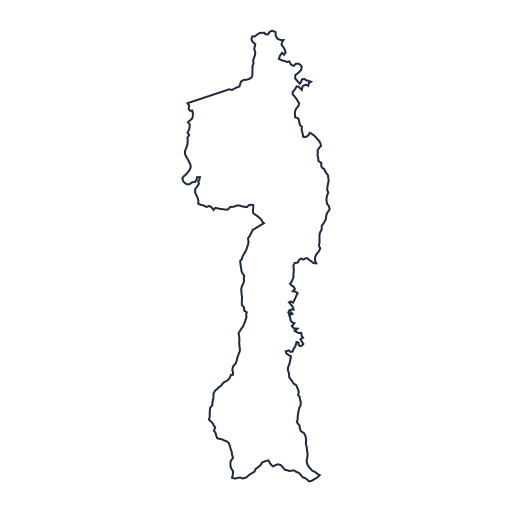 Papanduva, Santa Catarina, Brazil
{"feature_id": "56859067B63909066295209", "entity_name": "Papanduva", "entity_type": "district", "adm_level": 2, "iso_a3": "BRA", "parent_name": "Brazil", "parent_adm1": "Santa Catarina", "projection": "mercator", "projection_center": [-50.165, -26.513], "detail": "fine", "context": "isolated", "style": "outline", "palette": "slate", "viewbox_px": 512, "rotation_deg": 0, "n_neighbors": 0, "source": "geoboundaries", "source_scale": "gbopen_adm2", "svg_char_len": 5873}
<svg xmlns="http://www.w3.org/2000/svg" viewBox="0 0 512 512"><path d="M311.0,81.8L308.3,80.7L306.3,80.4L304.4,78.9L301.9,79.4L301.1,82.0L299.8,83.7L297.7,81.5L295.1,78.3L295.3,75.1L296.9,73.9L299.0,72.2L301.0,70.1L301.8,66.8L300.3,64.9L298.6,63.7L295.7,63.8L293.8,65.9L291.1,64.7L289.2,61.4L286.9,62.0L284.5,61.0L281.9,60.3L278.8,58.9L280.0,55.6L282.1,52.8L284.0,54.8L285.6,52.5L284.8,49.8L283.6,47.5L281.5,44.6L282.1,42.0L283.4,40.1L280.5,40.0L277.4,38.7L275.8,35.8L275.5,32.0L272.0,30.7L269.5,32.0L268.2,34.3L265.5,34.3L264.2,32.7L262.2,32.9L259.9,32.9L257.3,34.4L254.9,36.4L252.2,36.4L251.4,39.6L252.7,41.9L255.3,44.2L254.2,49.0L255.3,52.4L255.0,55.1L254.0,57.8L253.1,60.4L253.6,63.3L252.4,66.2L252.5,69.1L252.4,72.6L252.3,75.6L251.4,77.6L249.3,78.9L246.8,79.7L243.8,79.9L240.9,81.6L240.2,84.2L239.4,86.5L237.2,87.3L234.3,88.7L231.9,90.0L229.3,89.3L187.5,103.2L189.1,105.6L188.7,109.1L190.1,110.8L192.3,110.6L193.0,114.7L192.3,118.3L190.3,120.2L188.0,122.1L189.8,124.7L189.2,129.4L187.5,132.8L189.2,135.0L187.4,137.8L187.7,139.9L187.5,144.3L186.3,147.9L185.0,151.0L184.9,153.9L186.1,156.4L187.6,159.0L188.7,161.0L189.7,163.1L190.6,165.2L190.6,167.6L189.7,169.7L188.4,171.6L186.4,174.1L184.2,175.9L182.3,178.2L183.2,181.2L184.6,182.8L187.0,184.4L189.9,184.0L192.1,182.3L194.9,182.0L196.4,180.0L197.1,177.1L199.9,177.1L199.3,179.8L198.2,181.5L199.0,183.6L197.3,186.3L195.2,189.2L195.1,192.0L196.1,194.8L197.7,197.9L198.4,201.0L198.2,203.7L200.4,204.7L202.9,205.2L204.7,206.1L206.6,207.0L209.1,205.9L211.7,207.4L213.5,210.0L215.3,207.9L217.7,208.3L220.3,209.0L223.2,209.2L225.3,209.6L227.7,209.6L230.4,206.9L233.3,206.8L235.5,206.1L237.4,205.4L239.8,205.6L241.9,206.3L244.7,206.9L247.1,207.1L248.7,205.2L251.2,204.7L253.2,205.1L253.3,207.9L252.9,210.4L253.2,213.1L255.0,214.5L257.5,216.2L259.6,218.0L261.4,219.8L262.4,221.9L263.9,223.2L252.7,229.9L251.2,233.0L249.5,236.3L248.0,238.3L248.5,241.9L248.1,244.5L247.1,247.3L246.4,249.6L245.3,251.8L244.1,253.8L242.7,256.1L241.8,259.2L240.2,260.8L240.4,264.2L241.2,268.7L241.6,271.6L243.0,274.2L244.3,275.9L243.8,278.1L244.1,280.5L243.4,283.4L242.0,285.9L241.2,289.2L241.6,294.3L242.0,296.5L242.0,298.6L241.8,301.1L241.9,305.1L244.0,307.3L244.1,310.5L246.8,312.3L246.1,314.4L246.5,316.9L245.7,319.3L245.1,321.7L244.0,324.1L243.0,326.6L241.2,328.9L239.8,331.2L238.6,333.5L239.2,336.8L239.4,339.8L239.2,343.2L239.5,346.5L240.0,350.3L239.3,352.4L238.5,354.4L237.2,358.1L236.7,360.7L235.7,363.3L233.0,366.5L232.3,370.0L233.0,372.4L232.9,374.9L230.9,374.9L229.6,378.2L227.1,380.7L224.3,382.0L222.5,383.8L220.8,386.0L219.0,387.1L217.1,389.1L215.2,390.4L213.5,393.6L213.5,397.3L213.0,400.0L212.4,402.3L212.3,405.2L210.1,408.0L209.7,412.6L209.7,417.0L208.9,419.6L210.5,421.1L212.2,422.6L213.8,425.4L215.2,427.4L213.9,430.9L215.4,432.4L216.2,435.6L217.2,438.3L219.8,438.9L222.2,439.4L224.1,440.4L226.8,441.4L228.8,443.0L230.0,446.5L230.8,449.6L231.6,451.6L232.1,454.8L233.0,457.9L230.6,461.2L230.4,464.3L230.8,467.8L233.0,471.2L232.9,474.1L232.1,477.9L235.1,478.6L237.3,478.0L240.2,477.5L242.7,478.5L245.3,477.9L247.4,476.5L249.2,474.9L252.2,473.0L254.4,471.7L255.7,468.9L259.1,466.4L261.0,464.7L261.8,462.7L265.2,461.2L268.4,460.4L269.9,463.0L271.4,465.1L273.1,466.4L275.9,464.9L277.9,464.3L280.6,465.0L283.0,467.5L284.9,469.8L287.0,470.2L289.2,471.0L291.7,470.7L294.2,470.4L296.3,471.9L298.6,472.7L300.9,475.0L302.7,477.2L305.3,478.2L307.1,479.6L309.0,481.3L311.4,481.0L313.4,479.7L316.8,477.8L319.8,475.2L317.6,474.0L315.1,472.0L312.5,470.9L310.8,469.2L308.7,466.7L307.2,464.0L306.6,460.8L307.4,457.1L307.6,454.0L307.1,450.7L306.6,446.6L305.8,443.5L306.1,440.6L305.8,437.5L305.1,435.1L303.7,432.9L301.0,431.3L299.8,428.4L299.6,425.7L298.2,424.0L296.8,421.9L297.7,419.2L297.7,416.6L298.1,413.5L298.6,410.7L299.4,407.6L300.5,405.6L300.8,402.4L300.0,399.4L299.6,396.6L298.1,395.1L298.8,392.2L298.1,389.5L297.2,387.4L296.2,385.2L293.5,383.5L291.9,380.7L290.5,379.1L289.2,377.1L289.0,373.5L287.8,369.9L288.1,367.2L289.0,365.0L289.7,362.7L290.3,359.8L291.0,356.4L288.7,355.1L286.4,353.4L285.7,351.3L288.9,350.4L290.5,351.9L292.7,351.5L293.6,348.7L295.1,346.7L296.0,344.2L296.5,342.0L298.5,342.6L298.6,344.8L300.1,346.1L302.0,345.5L303.4,343.9L301.9,341.9L300.5,339.2L303.0,337.7L301.7,336.0L301.3,333.0L298.1,332.9L294.7,330.8L297.3,328.7L293.9,328.4L291.8,326.0L294.4,323.2L292.5,322.4L290.9,321.0L290.1,317.9L289.6,314.9L288.3,312.6L289.4,310.2L291.3,309.6L293.6,309.6L292.7,306.8L290.8,304.4L289.0,302.4L290.6,301.4L293.1,302.6L294.7,299.5L296.3,295.7L297.7,293.1L295.4,291.7L292.9,291.1L294.9,289.0L293.6,286.6L291.9,285.7L290.0,283.7L291.9,281.4L292.7,279.0L293.6,277.0L293.4,274.8L293.7,272.3L293.8,269.6L293.4,265.7L294.6,263.0L297.7,262.6L298.9,260.2L301.0,258.5L303.4,259.6L305.5,258.4L307.4,258.2L309.0,259.8L311.1,261.1L313.3,263.1L316.3,263.3L315.1,260.7L315.0,257.5L316.4,254.3L318.9,251.3L320.2,248.3L318.9,245.6L319.5,242.7L319.5,239.9L319.5,237.2L319.5,235.0L320.0,232.5L321.7,229.6L321.7,225.8L324.0,222.8L326.0,218.8L326.2,215.9L326.7,213.9L327.9,211.9L329.7,209.3L328.8,205.9L327.1,203.9L326.5,200.6L326.5,198.2L327.1,195.5L328.3,192.5L327.1,189.8L327.5,186.8L327.9,184.2L328.6,181.3L328.3,177.7L327.8,174.9L326.5,173.4L325.2,171.4L324.2,169.1L321.9,167.6L321.1,165.2L321.4,163.0L318.4,161.0L318.2,157.8L317.5,155.2L317.8,152.8L317.6,150.4L319.2,147.7L321.0,145.9L320.6,143.8L319.3,141.3L316.4,137.9L314.3,135.7L312.3,134.2L309.8,132.8L308.3,135.3L305.9,137.0L303.2,136.8L302.5,133.0L301.6,129.9L301.9,126.8L300.1,125.3L299.4,122.9L298.9,119.9L297.8,118.2L295.1,117.3L294.9,114.7L294.9,112.2L295.8,109.2L298.6,105.7L299.2,103.2L298.0,101.6L297.0,99.7L295.6,97.8L294.1,95.9L292.7,94.4L292.7,92.0L294.9,89.5L296.6,86.4L298.6,86.7L300.3,88.5L301.8,89.9L302.5,86.4L304.1,85.3L306.2,84.8L308.3,85.8L308.8,83.1L311.0,81.8ZM289.6,314.9L292.5,313.9L290.9,312.3L289.6,314.9Z" fill="none" stroke="#1e293b" stroke-width="2"/></svg>